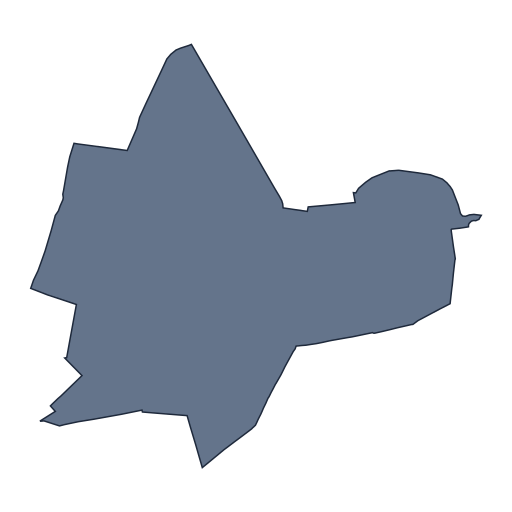 outline of Santana, Arad, Romania
{"feature_id": "2599482B38045999797675", "entity_name": "Santana", "entity_type": "district", "adm_level": 2, "iso_a3": "ROU", "parent_name": "Romania", "parent_adm1": "Arad", "projection": "orthographic", "projection_center": [21.52, 46.341], "detail": "fine", "context": "isolated", "style": "filled", "palette": "slate", "viewbox_px": 512, "rotation_deg": 0, "n_neighbors": 0, "source": "geoboundaries", "source_scale": "gbopen_adm2", "svg_char_len": 2362}
<svg xmlns="http://www.w3.org/2000/svg" viewBox="0 0 512 512"><path d="M254.2,426.4L254.8,425.8L255.4,425.3L256.9,422.2L258.0,419.7L259.4,416.9L260.7,414.4L262.1,411.3L263.4,408.2L265.9,403.1L267.6,399.1L268.3,397.7L268.7,397.3L269.6,395.6L271.1,392.5L273.1,388.8L275.5,384.1L275.9,383.6L280.9,374.9L282.9,370.9L284.9,366.8L293.2,351.6L295.2,348.8L295.6,347.5L296.1,346.1L301.7,345.5L305.9,345.2L311.0,344.4L316.5,343.6L322.5,342.4L329.2,340.9L332.3,340.3L347.6,337.6L352.0,336.9L357.8,335.7L364.0,334.4L371.7,332.8L372.4,332.6L373.3,333.1L374.6,333.2L382.6,331.4L390.1,329.6L397.2,327.8L406.9,325.6L411.1,324.6L412.9,324.4L418.0,320.6L439.8,309.0L450.1,303.7L451.8,288.4L452.3,284.8L453.4,273.4L454.9,260.2L455.3,258.9L454.6,254.1L453.5,247.1L451.3,231.2L451.2,229.6L451.7,229.1L459.8,228.2L467.6,227.0L468.5,226.8L468.5,225.0L469.1,223.4L470.6,221.9L471.5,221.1L473.8,220.5L474.6,220.6L475.7,220.7L476.5,220.4L477.3,220.0L478.9,219.4L479.6,218.1L481.3,215.3L473.9,214.4L469.4,214.9L467.3,215.7L465.4,216.3L462.5,216.0L460.5,213.6L458.2,204.9L455.3,197.5L452.4,190.0L450.1,186.5L448.4,184.6L447.0,182.9L442.4,179.1L430.4,174.8L418.4,172.9L398.9,170.3L396.8,170.4L394.4,170.6L393.0,170.7L391.5,170.8L390.7,170.9L389.2,170.9L382.2,173.7L372.2,177.7L371.0,178.5L365.6,182.3L358.6,188.3L355.8,192.9L353.4,192.6L355.2,202.5L346.1,203.4L330.5,204.9L308.2,206.9L307.3,211.4L283.1,207.9L282.7,203.8L281.7,200.6L279.4,196.3L274.5,188.1L238.0,124.8L217.4,89.3L194.3,49.4L191.9,45.3L191.4,44.4L188.7,45.5L180.4,48.2L176.6,49.8L176.2,49.9L174.5,51.3L170.8,54.3L166.9,58.9L161.5,70.5L146.0,103.4L139.6,117.3L138.4,122.3L136.6,128.8L127.2,150.5L77.5,143.9L74.0,143.3L69.8,156.7L67.6,167.1L63.5,190.9L62.8,194.2L63.3,197.8L62.8,200.0L60.2,205.9L58.4,210.9L55.3,215.4L51.1,230.9L45.1,251.0L41.2,262.0L38.0,270.8L33.5,280.2L30.7,288.4L47.8,295.0L76.4,304.5L69.8,340.5L66.7,357.6L64.7,358.0L82.0,375.6L76.0,381.4L60.8,396.1L57.9,398.6L52.5,403.8L50.4,405.9L51.1,406.7L55.1,411.2L55.3,411.4L40.4,420.8L40.6,421.2L44.0,420.9L59.5,425.9L64.5,424.6L78.3,421.7L93.3,419.3L121.3,414.3L142.0,410.1L142.4,412.0L151.8,412.8L186.9,415.6L187.1,415.6L190.4,427.1L195.7,444.7L199.6,458.3L202.3,467.6L214.2,457.8L224.1,449.6L228.8,446.1L234.2,442.0L243.7,434.9L251.6,428.9L252.0,428.5L252.5,427.9L253.0,427.5L253.8,426.8L254.2,426.4Z" fill="#64748b" stroke="#1e293b" stroke-width="1.5"/></svg>